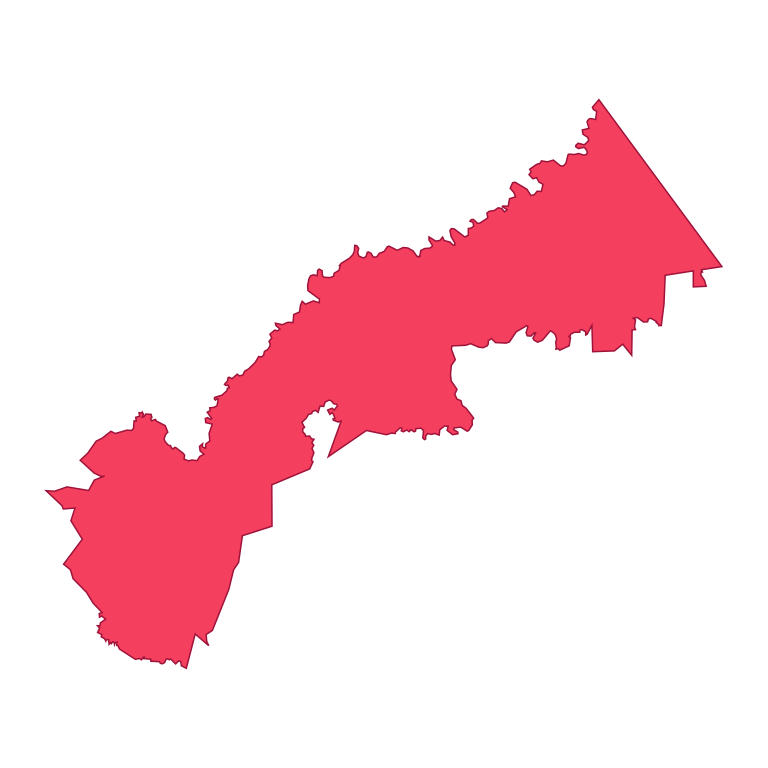 San Juan Cotzocón, Oaxaca, Mexico (Mercator projection)
{"feature_id": "50627088B74666108696895", "entity_name": "San Juan Cotzocón", "entity_type": "district", "adm_level": 2, "iso_a3": "MEX", "parent_name": "Mexico", "parent_adm1": "Oaxaca", "projection": "mercator", "projection_center": [-95.529, 17.312], "detail": "fine", "context": "isolated", "style": "filled", "palette": "rose", "viewbox_px": 768, "rotation_deg": 0, "n_neighbors": 0, "source": "geoboundaries", "source_scale": "gbopen_adm2", "svg_char_len": 6094}
<svg xmlns="http://www.w3.org/2000/svg" viewBox="0 0 768 768"><path d="M70.9,520.8L82.3,539.2L63.6,564.2L70.4,569.7L73.1,578.7L86.5,592.3L93.1,603.1L102.1,612.6L99.2,613.6L99.5,617.2L101.6,616.0L105.6,619.1L100.4,622.9L100.0,625.7L97.5,625.7L99.5,628.1L97.6,632.5L101.8,634.6L101.2,636.8L104.5,638.6L105.8,641.1L106.1,640.0L108.6,639.5L109.1,644.4L110.6,642.7L111.4,643.6L112.6,641.8L114.1,642.4L114.5,644.6L115.3,642.6L116.9,642.1L116.7,645.4L117.9,645.5L119.5,649.1L135.3,659.3L139.5,658.5L141.5,659.8L143.2,657.2L144.4,657.2L143.6,658.6L150.7,659.2L150.8,661.2L159.6,661.7L160.4,663.4L162.4,663.8L164.7,662.5L166.0,659.4L167.4,658.8L169.2,659.8L170.5,658.9L175.6,663.9L178.7,660.9L180.7,661.5L181.4,665.8L186.3,668.3L195.2,634.0L208.7,645.6L206.7,641.3L206.2,634.5L212.4,630.4L228.8,589.4L233.6,569.8L238.6,562.4L242.4,535.7L272.0,526.2L271.8,484.8L309.7,468.9L313.0,461.7L311.7,460.7L311.8,458.3L313.9,452.7L312.0,448.4L313.8,445.2L311.8,442.8L314.0,439.3L311.3,438.7L309.7,436.0L305.6,436.3L305.2,434.4L302.8,431.9L302.8,428.5L304.6,427.5L301.9,422.4L306.3,418.2L308.5,414.4L311.7,413.6L312.3,411.6L315.6,410.3L318.1,412.4L320.0,406.1L323.7,406.4L325.1,402.1L328.8,400.2L331.1,400.6L333.6,403.7L336.9,404.4L337.3,405.9L334.2,410.1L332.1,408.2L327.6,410.1L329.9,414.4L332.1,412.6L333.4,414.3L335.0,418.6L333.0,418.9L333.4,420.2L338.1,422.0L341.1,421.2L328.3,456.7L366.4,430.5L386.5,434.7L391.2,433.1L395.2,433.5L395.5,432.0L400.2,427.8L401.8,428.2L401.2,430.8L403.3,431.8L406.8,430.0L409.1,431.7L411.0,429.7L414.1,431.8L415.5,431.2L415.8,428.7L421.1,428.2L423.5,430.7L422.8,438.0L424.5,439.6L425.7,439.0L425.6,436.3L427.6,433.6L431.5,434.4L434.6,433.5L439.2,435.1L439.8,429.7L444.6,426.0L448.1,426.2L447.1,430.4L452.7,434.7L458.0,433.7L457.7,432.0L453.8,429.7L453.9,428.0L460.7,427.1L467.2,431.2L468.8,430.4L472.3,424.8L472.1,420.2L473.7,418.1L466.1,408.3L462.2,405.4L460.9,400.7L456.9,399.0L454.8,394.2L457.0,389.3L451.2,381.0L450.5,374.3L451.3,365.5L455.3,359.7L451.4,349.3L452.0,345.9L465.6,345.3L470.7,343.7L478.6,347.1L483.0,347.7L487.0,346.0L488.2,344.1L488.3,340.8L491.4,338.6L495.5,342.6L506.0,343.1L509.4,342.0L516.2,331.8L526.9,325.6L527.9,326.6L526.1,332.7L527.2,335.8L530.9,336.1L534.7,332.6L535.7,333.1L532.9,338.2L534.2,340.3L537.7,342.2L542.3,340.3L550.5,330.7L553.6,332.8L555.6,335.3L556.6,339.2L555.7,342.2L556.4,348.4L555.3,349.4L558.2,348.6L559.7,350.2L569.2,345.8L570.5,337.4L568.2,336.2L569.9,336.4L570.7,334.2L574.3,332.3L579.8,332.2L580.0,330.1L581.6,329.6L585.6,331.6L585.7,335.0L587.1,334.3L591.9,325.4L592.7,351.7L614.4,350.9L622.7,344.2L631.7,355.3L632.1,329.9L635.5,329.6L634.5,327.0L635.5,319.9L633.2,318.2L637.5,317.6L643.5,322.0L647.6,321.8L648.4,318.9L650.9,318.3L656.5,321.5L656.1,322.4L659.0,324.8L658.9,325.7L661.3,325.5L664.0,303.9L665.2,275.3L693.3,270.9L693.3,286.9L706.2,286.3L704.5,280.5L700.9,275.0L701.2,271.7L702.4,272.0L701.6,269.7L721.9,266.6L598.9,99.7L592.4,107.2L593.5,109.6L596.7,111.4L595.6,119.5L590.7,118.5L588.6,119.3L587.0,121.7L589.0,128.4L582.3,129.9L583.0,134.3L587.9,137.4L588.6,140.8L584.3,144.8L578.2,143.2L575.8,145.4L575.8,146.8L578.4,148.6L583.7,147.4L585.5,148.5L587.4,152.1L586.7,154.2L584.0,155.2L578.6,153.5L574.4,154.5L569.0,154.1L568.1,154.6L565.9,163.3L563.2,166.1L560.3,165.7L553.4,160.1L547.5,161.8L541.4,160.9L540.1,163.3L536.6,164.4L529.7,169.2L531.1,171.9L529.0,174.6L532.9,178.8L536.5,177.6L539.0,182.1L543.0,184.3L541.3,191.4L537.2,191.2L534.3,194.7L530.9,195.5L526.9,189.2L515.0,182.2L512.6,182.8L510.2,188.3L514.0,192.7L515.5,196.8L509.5,198.7L508.2,206.3L502.8,206.0L502.4,206.7L507.2,209.7L504.5,211.9L501.8,208.5L498.2,207.8L494.3,210.5L489.2,211.3L486.9,213.1L487.8,217.9L479.7,223.2L477.5,223.3L473.4,219.4L471.2,219.6L470.0,221.2L473.0,222.4L473.7,226.2L471.2,228.1L468.3,228.5L468.3,235.2L464.8,237.0L454.1,228.8L451.3,228.6L449.9,230.5L451.2,236.8L454.7,242.8L454.8,245.1L452.9,245.0L450.0,242.1L444.1,240.5L442.6,237.1L439.8,240.5L435.7,241.1L429.0,236.9L429.0,240.0L432.4,245.4L432.0,246.5L430.0,248.1L424.7,248.5L420.8,250.5L419.6,256.7L417.9,257.3L419.0,256.5L417.0,256.4L413.2,251.0L407.9,248.0L403.2,247.5L397.3,250.3L388.9,246.1L387.3,246.8L384.1,251.5L379.3,253.3L376.6,257.0L373.3,257.0L370.9,253.2L368.6,252.0L367.4,252.2L366.0,256.6L363.3,258.0L358.8,256.0L357.7,252.5L358.7,248.3L356.8,245.7L354.8,245.3L354.3,251.3L352.8,254.7L349.6,258.1L341.3,263.3L339.5,265.5L340.3,265.6L339.0,270.3L334.1,273.3L333.7,276.1L330.2,277.6L324.3,277.3L322.4,275.7L322.1,270.7L319.1,269.1L317.6,270.5L317.2,275.7L313.6,274.8L310.6,275.7L309.0,278.6L307.6,285.7L308.0,290.7L319.4,299.1L319.3,302.7L313.4,300.9L305.4,304.2L302.2,301.3L300.5,305.1L299.5,312.0L293.7,314.5L293.1,322.5L287.9,322.3L282.3,324.7L275.4,323.2L275.9,325.5L280.0,329.1L277.6,330.8L274.7,330.1L269.9,334.2L271.8,338.0L269.0,341.4L270.2,343.9L269.8,346.4L267.9,349.3L264.4,351.5L263.6,355.2L261.4,357.0L258.7,356.5L255.2,362.4L248.6,368.9L244.6,371.2L242.9,375.0L239.5,375.9L237.2,374.2L232.0,378.7L229.1,377.2L228.0,377.8L227.6,380.8L224.5,384.3L225.7,385.4L228.3,385.3L229.2,387.8L227.4,388.2L226.9,390.7L221.9,395.2L214.7,397.4L214.3,398.8L215.5,400.1L217.1,398.7L218.2,399.2L217.0,405.7L213.8,407.4L209.7,407.8L210.2,410.7L207.2,412.2L211.7,418.6L210.5,419.4L207.6,417.6L205.3,418.5L205.7,422.6L212.3,424.1L209.1,433.3L209.8,440.9L205.7,444.1L205.6,448.2L202.3,446.9L202.6,443.7L199.5,446.4L200.2,451.1L204.0,454.1L199.7,456.5L197.2,460.6L191.7,460.0L188.8,460.9L184.1,459.2L184.6,455.1L183.3,453.4L176.2,447.9L174.7,447.3L173.2,448.9L171.6,448.0L170.5,445.7L168.2,445.1L165.1,441.6L164.1,439.0L165.6,434.4L167.8,432.2L165.2,425.6L156.6,421.2L155.4,419.4L151.4,420.8L150.7,418.3L151.9,417.5L151.1,414.4L145.8,414.0L144.0,416.6L142.3,417.2L143.4,414.2L142.2,412.0L141.7,413.0L139.0,412.7L139.6,416.3L135.7,417.3L136.3,420.9L134.1,420.9L133.5,428.4L131.5,430.5L127.0,430.1L115.3,433.5L110.9,431.3L102.0,438.3L96.2,441.1L87.7,453.2L80.2,460.3L94.2,473.1L101.4,476.5L104.6,476.0L94.3,480.1L88.6,490.5L67.0,486.9L54.6,491.2L46.1,490.7L62.0,505.7L63.3,509.0L75.0,508.0L70.9,520.8Z" fill="#f43f5e" stroke="#9f1239" stroke-width="1.5"/></svg>